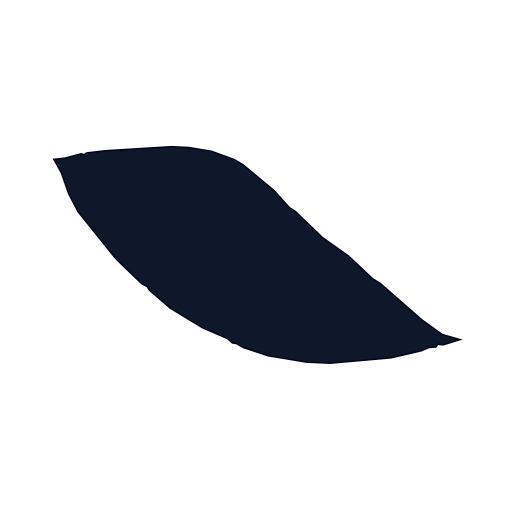 outline of San Rafael Petzal, Huehuetenango, Guatemala, rotated 98°
{"feature_id": "79465075B67895884485700", "entity_name": "San Rafael Petzal", "entity_type": "district", "adm_level": 2, "iso_a3": "GTM", "parent_name": "Guatemala", "parent_adm1": "Huehuetenango", "projection": "mercator", "projection_center": [-91.672, 15.412], "detail": "fine", "context": "isolated", "style": "filled", "palette": "ink", "viewbox_px": 512, "rotation_deg": 98, "n_neighbors": 0, "source": "geoboundaries", "source_scale": "gbopen_adm2", "svg_char_len": 690}
<svg xmlns="http://www.w3.org/2000/svg" viewBox="0 0 512 512"><g transform="rotate(98 256 256)"><path d="M158.5,314.5L157.9,337.6L159.5,355.0L172.7,419.8L177.5,438.1L179.5,440.3L179.1,443.4L185.7,458.9L188.4,469.7L200.7,460.3L220.4,450.2L236.9,438.4L278.1,394.6L299.5,365.2L301.4,359.5L304.7,356.9L319.6,333.7L334.6,298.8L341.7,272.9L345.4,267.3L345.4,263.3L348.4,256.0L353.1,230.3L354.1,191.3L351.9,167.8L338.0,108.0L326.9,79.2L322.6,72.1L321.1,65.2L318.2,63.8L317.9,58.2L310.4,42.3L307.8,60.7L296.3,82.6L265.8,129.2L262.2,137.5L243.3,164.1L228.5,192.7L206.2,223.5L203.3,229.8L188.6,247.3L167.5,281.4L163.6,290.7L158.5,314.5Z" fill="#0f172a" stroke="#020617" stroke-width="1.5"/></g></svg>